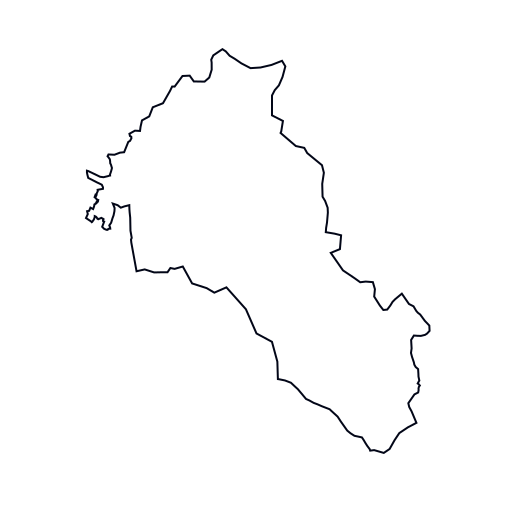 Abeokuta North, Ogun, Nigeria (Robinson projection), rotated 174°
{"feature_id": "59680162B29721937623471", "entity_name": "Abeokuta North", "entity_type": "district", "adm_level": 2, "iso_a3": "NGA", "parent_name": "Nigeria", "parent_adm1": "Ogun", "projection": "robinson", "projection_center": [3.217, 7.25], "detail": "fine", "context": "isolated", "style": "outline", "palette": "ink", "viewbox_px": 512, "rotation_deg": 174, "n_neighbors": 0, "source": "geoboundaries", "source_scale": "gbopen_adm2", "svg_char_len": 3674}
<svg xmlns="http://www.w3.org/2000/svg" viewBox="0 0 512 512"><g transform="rotate(174 256 256)"><path d="M91.2,163.4L90.9,168.7L94.9,173.9L98.8,180.6L101.0,182.7L102.4,184.7L104.6,189.5L108.9,192.3L114.9,203.3L122.1,198.5L125.0,196.1L127.6,192.7L131.1,189.0L135.0,189.0L138.0,193.8L142.7,203.3L141.2,210.6L142.5,217.8L149.6,219.1L155.1,219.0L160.5,223.8L171.0,232.6L181.3,251.3L171.8,254.1L169.2,267.7L175.5,270.0L184.1,272.4L183.3,276.7L181.9,281.8L180.0,291.6L179.7,296.5L181.5,303.5L183.6,308.0L182.6,320.8L179.8,331.7L180.9,339.4L194.3,353.0L196.7,358.5L204.9,361.2L218.7,375.8L217.9,377.2L215.1,387.5L225.4,394.2L223.3,414.0L220.0,419.0L215.4,423.3L210.9,431.3L207.0,441.5L209.7,447.4L220.6,444.4L231.8,443.0L241.8,443.4L250.4,449.1L256.5,454.3L261.3,457.9L264.7,462.7L267.8,465.2L277.5,460.0L280.0,455.9L279.9,453.0L280.6,445.9L283.8,438.4L288.9,434.8L299.6,436.1L303.1,442.3L310.3,442.7L319.2,433.0L321.7,433.3L324.3,429.1L332.5,417.7L343.1,414.7L347.6,406.0L355.2,402.8L357.3,396.6L358.1,393.3L358.3,392.5L363.3,393.3L369.1,390.8L368.8,388.5L367.6,387.7L367.6,386.1L369.2,383.7L371.1,382.8L376.3,373.0L380.5,373.0L383.1,372.3L386.2,371.5L392.1,372.4L393.2,370.7L392.5,369.7L391.4,367.8L391.2,367.0L391.2,365.9L391.2,364.7L391.3,363.5L390.9,362.5L390.7,361.9L390.5,360.9L390.4,360.1L390.1,359.0L390.2,358.1L390.8,356.6L391.3,355.3L392.7,352.3L392.7,351.3L393.3,351.3L394.0,351.1L394.9,350.9L399.4,350.3L402.8,351.1L405.5,352.8L413.8,357.9L415.2,358.5L415.4,356.7L415.2,354.5L414.7,351.2L406.1,345.6L404.4,344.6L401.9,343.0L401.0,340.3L401.2,338.8L405.3,338.5L406.6,338.4L406.6,337.0L408.1,334.5L408.3,334.0L408.1,333.6L408.4,333.0L408.8,332.4L409.4,333.3L410.3,331.5L409.9,331.3L409.9,330.9L409.5,330.6L409.2,330.0L408.2,328.8L407.1,328.2L407.4,327.7L407.3,327.3L407.5,327.0L407.5,326.8L407.7,326.5L408.1,326.6L408.5,326.0L408.9,326.4L409.2,325.7L409.6,325.4L409.4,325.1L409.9,324.7L410.6,324.5L411.3,324.2L411.5,323.6L411.5,323.2L412.1,321.7L413.1,319.7L415.6,321.4L417.2,318.4L419.3,318.2L418.9,315.3L421.1,311.5L416.5,307.7L415.8,306.8L415.3,307.1L414.9,307.6L413.4,309.3L413.1,309.9L412.3,311.6L412.2,312.5L411.3,312.0L410.8,311.5L410.3,310.8L409.9,309.7L409.4,309.3L409.1,309.4L408.9,309.1L407.0,309.7L406.3,309.9L405.9,310.1L405.3,309.7L404.6,309.3L403.8,308.6L404.3,308.0L404.4,307.6L404.4,306.6L403.4,306.1L405.9,301.1L404.3,299.0L402.8,298.1L401.4,297.5L400.6,297.7L400.1,298.4L399.5,298.5L398.1,298.4L398.1,299.6L398.7,301.8L396.6,304.2L394.8,308.5L393.4,311.3L392.1,315.4L391.6,318.5L392.9,323.1L388.3,321.0L385.4,318.2L381.7,319.1L376.7,319.8L377.0,315.8L377.1,312.8L377.1,307.2L378.2,294.3L377.7,287.0L378.6,285.4L378.6,282.3L376.4,253.3L368.1,254.3L359.0,250.3L352.9,249.8L345.7,249.1L342.4,253.0L338.3,251.7L329.9,253.2L322.4,235.4L308.4,229.2L301.3,223.9L288.7,227.9L271.6,204.1L263.6,178.9L249.1,169.0L245.8,148.7L247.1,131.3L245.9,131.0L240.2,129.2L234.5,126.3L230.8,122.0L228.3,119.2L226.3,116.2L224.3,113.3L224.0,112.8L221.2,108.6L218.1,106.8L214.0,103.9L210.4,102.1L206.2,99.7L198.8,95.9L197.0,93.8L191.6,87.7L189.1,82.8L183.5,72.8L180.5,69.8L176.9,66.9L173.2,65.7L169.6,64.5L168.1,61.6L166.7,58.5L165.2,55.5L163.1,52.0L162.8,50.5L158.8,50.6L149.5,46.8L143.3,50.1L137.4,58.4L132.0,64.9L122.7,69.8L113.9,73.3L117.5,85.2L119.4,89.8L119.9,93.7L112.9,101.8L109.0,103.3L108.3,105.6L108.2,107.4L107.7,108.8L106.6,110.1L107.7,111.6L108.0,111.9L108.5,112.3L107.7,113.5L107.2,114.3L106.6,115.0L106.7,116.1L107.0,119.0L106.8,122.0L106.6,126.6L108.8,128.9L109.9,131.4L110.1,133.7L111.4,139.5L112.0,143.4L110.9,147.8L110.5,156.3L107.3,160.4L104.0,159.8L100.4,159.3L96.1,159.9L94.1,160.9L91.2,163.4Z" fill="none" stroke="#020617" stroke-width="2"/></g></svg>